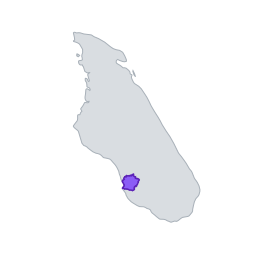 location of Manja, Menabe, Madagascar, rotated 312°
{"feature_id": "10022922B70385192089273", "entity_name": "Manja", "entity_type": "district", "adm_level": 2, "iso_a3": "MDG", "parent_name": "Madagascar", "parent_adm1": "Menabe", "projection": "mercator", "projection_center": [44.3, -21.407], "detail": "fine", "context": "in_parent", "style": "filled", "palette": "violet", "viewbox_px": 256, "rotation_deg": 312, "n_neighbors": 0, "source": "geoboundaries", "source_scale": "gbopen_adm2", "svg_char_len": 5823}
<svg xmlns="http://www.w3.org/2000/svg" viewBox="0 0 256 256"><g transform="rotate(312 128 128)"><path d="M166.9,29.1L167.6,30.7L168.3,32.2L170.8,35.8L171.8,37.2L172.7,38.7L173.1,41.6L174.7,46.2L176.2,53.2L176.6,60.3L177.0,63.6L178.2,66.7L180.1,69.9L180.7,73.4L179.5,77.1L177.9,80.6L177.4,81.3L176.7,82.1L176.3,82.1L175.0,81.2L173.9,79.7L172.5,76.3L172.1,74.5L171.5,74.3L169.9,74.4L168.7,75.5L168.5,76.2L168.8,78.1L169.2,79.9L169.4,81.7L169.4,83.9L169.9,84.6L170.5,85.2L171.2,86.6L171.3,90.1L170.9,91.9L169.7,93.4L169.8,94.3L170.2,95.1L169.8,95.7L168.3,96.3L167.7,96.9L166.9,98.4L165.6,101.6L165.4,103.2L166.2,108.2L166.0,111.7L164.3,118.4L163.4,121.6L162.0,125.4L159.9,130.4L157.9,136.8L156.1,143.3L154.8,147.3L153.3,151.2L151.3,158.1L149.6,165.1L147.0,172.8L143.5,181.5L143.1,182.6L142.4,187.1L141.6,190.9L140.7,194.8L138.7,201.1L138.5,203.1L138.0,205.0L136.1,208.9L135.3,210.4L134.8,212.0L134.4,214.0L133.9,216.0L132.5,219.5L130.4,222.6L129.0,223.8L125.9,225.4L124.4,225.7L121.0,225.7L117.6,226.7L114.2,228.5L110.8,230.5L109.6,231.5L108.2,232.0L103.7,232.2L102.4,231.7L98.0,228.3L96.3,227.8L93.1,227.3L92.1,227.0L91.2,226.6L89.9,224.8L87.3,223.4L86.7,222.9L86.3,221.9L86.0,220.8L85.4,219.5L84.9,217.2L84.0,215.6L81.6,212.7L81.4,211.7L81.2,208.7L81.2,206.6L81.0,202.8L81.3,201.1L82.1,199.5L81.8,197.7L80.9,195.9L80.6,194.0L79.9,192.3L77.4,189.3L76.8,187.7L76.4,186.2L75.5,181.3L75.3,179.6L75.5,176.1L75.8,174.2L76.4,172.9L76.6,172.0L77.0,171.2L77.6,170.5L78.0,169.7L78.9,165.2L80.1,164.2L81.9,163.6L83.3,162.4L84.1,160.8L84.9,157.5L87.1,154.3L87.9,152.5L89.7,150.0L91.2,146.3L91.7,144.6L92.1,142.8L92.5,139.0L92.8,137.1L92.7,135.2L91.8,133.3L89.7,129.8L89.6,129.1L89.8,126.5L89.6,124.6L88.8,122.7L87.8,121.0L86.8,117.7L86.3,112.2L86.4,110.2L86.1,108.5L85.4,106.8L85.9,103.9L92.3,93.4L92.5,92.2L92.3,89.0L92.4,87.1L92.6,86.4L93.1,86.0L94.2,85.8L99.4,85.4L100.1,85.1L101.4,84.2L103.2,82.5L104.0,82.0L104.7,82.2L105.2,82.9L105.7,83.3L107.8,82.5L108.6,82.5L109.5,82.6L109.9,81.9L110.1,81.0L110.4,80.3L111.0,79.9L113.7,79.7L115.4,79.4L117.6,78.8L118.1,78.9L119.9,81.3L120.4,81.5L121.1,81.6L121.8,81.2L120.3,79.9L120.1,79.2L120.2,78.4L120.9,76.7L122.2,75.4L125.2,73.4L128.2,71.1L129.1,70.9L129.8,71.3L130.4,74.0L130.3,74.5L130.8,74.5L131.3,74.2L131.8,73.1L131.9,72.2L131.5,71.3L131.3,70.6L131.2,69.9L132.8,68.3L134.0,66.8L134.5,64.9L135.0,64.1L136.3,63.1L136.7,63.3L137.0,64.1L137.1,64.9L136.8,65.7L136.3,66.5L136.2,67.6L136.9,67.8L137.5,67.5L138.5,65.6L139.7,63.8L140.3,62.8L141.2,62.1L142.6,62.3L143.9,62.7L141.7,60.8L141.2,58.1L143.8,53.6L143.8,52.6L144.2,52.3L144.4,52.0L143.0,50.4L142.8,49.7L143.0,48.5L143.6,47.5L144.2,46.8L145.1,46.5L145.7,46.9L147.2,48.2L148.2,48.4L149.4,47.1L150.4,45.6L151.9,44.6L153.5,44.0L156.1,41.6L157.7,36.6L157.9,35.2L157.5,33.4L156.9,31.8L155.9,29.7L156.2,29.2L157.6,29.5L158.0,29.2L159.6,27.4L162.1,23.8L162.9,23.8L163.6,24.5L163.9,25.5L164.3,26.2L166.0,27.8L166.9,29.1ZM149.5,43.0L149.5,43.6L147.6,43.3L147.3,41.5L148.2,41.4L148.4,40.6L149.0,40.5L149.6,42.2L149.5,43.0ZM172.7,96.5L171.1,99.3L171.5,96.9L173.4,93.6L174.0,93.3L172.7,96.5Z" fill="#d9dde1" stroke="#a8b0b8" stroke-width="1"/><path d="M97.3,162.9L97.1,162.8L96.8,162.6L96.5,162.5L96.3,162.4L96.2,162.3L95.9,162.3L95.7,162.4L95.6,162.5L95.4,162.7L95.2,162.6L94.9,162.7L94.7,162.4L94.7,162.2L94.7,161.9L94.8,161.7L94.7,161.6L94.4,161.4L94.1,161.3L93.9,161.2L93.7,161.3L93.7,161.2L93.4,161.1L93.2,161.0L93.1,160.9L93.1,160.7L92.9,160.6L92.8,160.3L92.7,160.3L92.6,160.2L92.4,160.0L92.3,159.9L92.2,159.8L92.2,159.7L91.9,159.5L91.9,159.4L91.8,159.2L91.8,158.9L91.7,158.8L91.7,158.7L91.4,158.6L91.2,158.6L91.0,158.8L91.0,158.7L90.9,158.7L90.9,158.8L90.7,158.8L90.4,158.9L90.3,158.7L90.2,158.6L89.9,158.6L89.8,158.4L89.6,158.4L89.5,158.2L89.3,158.3L88.9,158.4L88.9,158.5L88.7,158.5L88.4,158.5L88.2,158.4L87.9,158.4L87.7,158.5L87.4,159.1L87.2,159.4L87.2,159.5L86.8,159.4L86.7,159.4L85.8,159.2L85.6,159.0L85.4,159.2L85.2,159.2L85.0,159.4L84.9,159.4L84.9,159.5L84.7,159.5L84.4,159.6L84.2,160.1L84.0,160.4L84.0,160.6L83.9,161.3L83.8,161.6L83.7,161.8L83.5,162.1L83.4,162.5L83.3,162.9L83.3,163.1L83.2,163.3L82.9,163.5L82.7,163.7L82.4,163.9L82.1,164.0L81.7,163.8L81.2,163.9L80.9,164.1L80.7,164.0L80.4,164.0L80.1,164.1L79.9,164.0L79.6,164.2L79.5,164.3L79.7,164.5L79.8,164.6L79.9,164.8L80.2,165.1L80.3,165.3L80.3,165.5L80.3,165.8L80.3,166.0L80.4,166.3L80.4,166.5L80.5,166.5L80.8,166.6L80.9,166.8L81.0,167.0L81.3,167.2L81.4,167.5L81.5,167.5L81.6,167.8L82.0,168.1L82.0,168.3L82.2,168.5L82.3,168.6L82.3,168.8L82.5,169.2L82.6,169.5L82.7,170.2L82.9,170.7L82.9,170.8L83.0,170.9L83.2,171.0L83.4,171.2L83.5,171.4L83.9,171.9L84.1,172.2L84.3,172.5L84.4,172.9L84.4,173.0L84.5,173.3L84.9,173.3L85.1,173.4L85.3,173.4L85.4,173.5L85.5,173.7L86.0,173.8L86.4,173.8L86.7,173.8L86.9,173.6L87.0,173.5L87.0,173.3L87.1,173.1L87.3,172.9L87.5,172.7L87.9,172.8L88.0,172.7L88.2,172.4L88.5,172.2L88.8,172.2L89.0,172.2L89.2,172.3L89.3,172.3L89.5,172.5L89.6,172.8L89.7,173.0L89.8,173.1L90.0,173.1L90.2,172.7L90.2,172.4L90.3,172.4L90.4,172.5L90.5,172.6L90.7,172.8L90.7,173.0L90.8,173.1L91.2,172.8L91.3,172.7L91.6,172.7L91.7,172.8L91.9,172.8L92.3,172.7L92.5,172.7L92.9,172.5L93.0,172.4L93.4,172.3L93.6,172.2L93.8,172.1L94.0,172.1L94.4,172.1L94.6,171.9L94.8,171.7L94.9,171.4L95.1,171.3L95.7,171.3L96.1,171.3L96.3,171.3L96.5,171.2L96.8,171.2L97.0,171.1L97.1,170.8L97.0,170.7L97.1,170.2L97.2,169.9L97.0,169.7L96.9,169.6L96.8,169.3L96.7,169.2L96.5,168.9L96.4,168.8L96.3,168.7L96.2,168.5L96.2,168.4L96.1,168.2L96.3,168.2L96.1,167.9L96.1,167.7L96.0,167.4L96.1,167.1L96.1,166.9L96.2,166.7L96.3,166.6L96.2,166.6L96.3,166.5L96.3,166.4L96.3,166.2L96.3,165.9L96.4,165.7L96.2,165.4L96.2,165.2L96.1,164.9L96.1,164.7L96.2,164.3L96.2,164.2L96.3,164.1L96.5,164.0L96.6,163.9L96.6,163.7L96.9,163.5L97.1,163.4L97.2,163.0L97.3,162.9Z" fill="#8b5cf6" stroke="#5b21b6" stroke-width="1.5"/></g></svg>